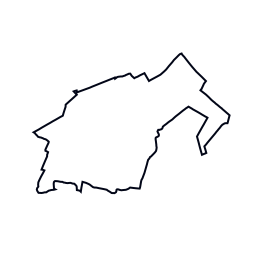 the district of Njoro, Rift Valley, Kenya, rotated 258°
{"feature_id": "3690345B46950883953132", "entity_name": "Njoro", "entity_type": "district", "adm_level": 2, "iso_a3": "KEN", "parent_name": "Kenya", "parent_adm1": "Rift Valley", "projection": "albers", "projection_center": [35.95, -0.496], "detail": "fine", "context": "isolated", "style": "outline", "palette": "ink", "viewbox_px": 256, "rotation_deg": 258, "n_neighbors": 0, "source": "geoboundaries", "source_scale": "gbopen_adm2", "svg_char_len": 4333}
<svg xmlns="http://www.w3.org/2000/svg" viewBox="0 0 256 256"><g transform="rotate(258 128 128)"><path d="M180.1,125.6L179.8,124.3L179.6,122.9L178.7,117.7L178.6,117.2L177.7,111.8L176.8,106.7L175.9,101.5L175.4,99.1L174.0,89.2L173.7,87.0L173.4,85.6L175.4,85.6L175.3,83.9L175.1,82.5L171.2,84.8L163.8,71.9L161.6,71.3L159.4,70.0L155.9,68.0L153.6,66.8L153.2,65.5L152.9,64.3L152.3,62.5L151.2,59.1L150.2,55.8L149.1,52.6L148.4,50.3L147.3,46.9L146.4,44.1L145.2,40.7L144.2,37.4L143.4,34.8L142.4,35.8L140.8,36.6L139.5,37.5L138.2,38.1L137.7,38.9L137.2,39.8L136.8,40.9L136.3,41.6L135.7,42.6L135.0,43.3L134.6,44.1L134.0,45.2L132.6,46.5L131.1,47.6L130.2,47.3L129.0,46.4L128.1,45.7L124.0,42.7L122.9,42.5L122.1,43.6L121.0,44.8L119.8,44.1L118.6,43.3L117.1,43.0L112.9,40.0L108.9,37.2L105.3,34.8L104.8,36.0L103.9,37.4L102.3,36.1L101.6,35.5L100.8,34.8L100.0,34.1L98.5,32.8L95.3,30.3L93.5,29.0L91.2,28.3L89.3,28.1L88.0,26.6L86.7,26.0L85.3,26.2L84.5,26.5L83.9,26.7L83.2,27.0L82.8,28.5L82.4,29.9L82.3,31.6L82.4,32.9L82.1,34.7L82.8,36.4L83.2,37.6L83.2,38.6L83.3,39.8L83.2,41.0L83.0,42.6L83.1,44.1L84.0,43.1L85.3,43.2L86.8,43.4L88.9,43.7L90.5,44.3L91.2,45.2L91.1,46.3L90.5,48.3L89.8,49.9L89.4,50.8L88.9,52.8L88.1,53.6L87.7,54.8L87.1,56.0L86.6,57.6L86.5,59.0L86.3,60.4L85.2,62.2L84.6,64.0L83.5,64.6L82.4,65.4L81.2,65.6L79.9,65.4L77.9,65.1L77.2,66.8L76.6,67.9L75.5,68.6L79.0,69.9L84.8,72.3L83.1,75.5L81.8,77.3L80.7,78.7L77.5,81.4L76.8,82.6L76.3,84.6L75.1,87.3L74.1,89.7L72.8,92.7L72.0,94.4L71.0,95.2L69.1,97.3L67.8,98.5L67.1,101.3L67.7,102.9L68.7,103.5L69.9,103.9L70.3,104.6L70.1,105.4L69.7,106.3L69.4,106.6L69.1,107.2L68.5,108.5L68.3,110.5L68.0,113.1L68.3,115.0L68.4,115.4L68.6,116.1L69.1,117.2L69.3,117.7L68.7,119.4L68.1,121.1L67.0,124.5L66.8,125.2L66.5,126.1L66.3,126.8L67.3,127.4L68.7,128.0L73.0,129.7L74.4,130.4L75.7,131.6L80.7,134.8L87.1,138.2L88.6,139.0L90.5,139.9L91.6,140.5L92.7,141.1L93.3,141.9L93.8,142.6L95.0,143.5L95.3,144.5L97.7,148.1L98.7,149.5L99.8,150.7L101.6,151.5L103.1,152.0L104.6,152.0L105.5,152.2L108.8,152.5L111.6,152.7L112.8,153.2L113.1,154.1L113.2,154.6L113.3,155.1L113.5,155.6L113.7,156.1L113.9,156.4L114.3,156.6L114.7,156.8L115.3,156.8L116.1,156.7L116.7,156.5L117.0,156.4L117.5,156.3L118.0,156.2L118.5,156.1L119.0,156.5L119.4,156.8L119.9,157.2L119.8,157.8L119.6,158.3L119.7,158.8L119.8,159.6L119.8,160.2L119.9,160.5L120.1,160.9L120.3,161.3L121.1,161.9L121.5,162.1L122.1,162.4L123.1,164.3L123.7,165.7L124.3,166.9L125.1,168.4L125.7,169.7L127.1,173.1L128.2,174.9L128.5,175.4L129.3,176.8L130.0,178.2L131.4,181.1L132.7,183.6L133.8,185.8L134.4,187.2L135.3,189.0L135.7,190.2L136.3,191.6L133.5,194.7L133.0,195.1L128.8,199.9L126.7,202.2L126.3,202.6L125.8,203.1L125.3,203.7L124.5,204.5L124.2,204.9L123.6,205.5L123.1,206.1L122.2,207.2L121.8,207.6L121.5,207.9L116.6,203.6L116.0,203.1L113.7,201.0L108.6,196.5L105.3,193.7L102.4,193.9L98.7,194.1L93.7,194.3L90.6,194.5L86.4,194.8L86.5,195.2L86.6,195.6L86.7,196.2L86.8,196.7L86.9,197.3L87.0,197.7L87.0,198.1L87.1,198.5L87.2,199.0L87.3,199.4L90.6,199.2L92.4,199.0L94.2,198.9L95.1,200.2L96.2,201.6L97.0,202.5L100.3,206.7L102.8,209.9L104.6,212.2L105.9,213.7L107.0,215.2L107.8,216.1L108.3,216.8L109.3,218.1L110.5,219.4L111.6,221.0L112.1,222.6L112.4,223.3L112.4,223.8L112.4,224.4L112.2,225.4L112.0,226.3L113.2,227.0L113.7,227.2L119.3,230.0L119.8,229.6L120.2,229.3L120.8,228.9L122.2,227.8L125.0,225.7L125.5,225.3L126.3,224.7L126.9,224.2L127.3,224.0L127.7,223.8L128.1,223.4L128.9,222.7L129.5,222.2L131.6,220.6L132.8,219.6L133.7,218.8L135.1,217.9L135.6,217.4L138.2,215.4L141.5,213.3L144.5,211.2L149.8,206.7L150.4,207.3L150.9,208.1L151.5,208.5L154.0,210.4L155.4,211.4L156.6,212.7L157.1,213.3L157.7,214.0L162.8,210.7L166.3,208.3L167.5,207.5L168.6,206.7L174.4,203.5L179.1,201.1L184.4,198.5L185.5,198.0L185.9,197.8L186.4,197.5L186.8,197.2L187.2,197.0L187.7,196.7L188.4,196.3L188.9,196.1L189.7,195.9L189.5,194.3L188.7,192.8L187.1,190.4L186.2,189.0L185.0,187.1L183.1,184.9L182.2,183.7L181.3,182.5L180.1,180.9L177.3,177.5L175.8,175.1L173.4,170.8L172.3,167.2L171.4,164.1L170.7,161.7L170.1,159.7L169.6,158.3L178.2,155.5L177.2,151.3L176.8,149.9L176.3,148.4L176.0,147.0L175.9,146.0L175.4,144.5L178.2,142.5L180.7,141.5L180.9,140.1L180.5,138.3L180.3,137.1L179.9,135.9L179.8,134.6L179.6,133.1L179.9,131.7L180.1,129.4L180.1,128.1L179.6,127.2L178.9,125.6L180.1,125.6Z" fill="none" stroke="#020617" stroke-width="2"/></g></svg>